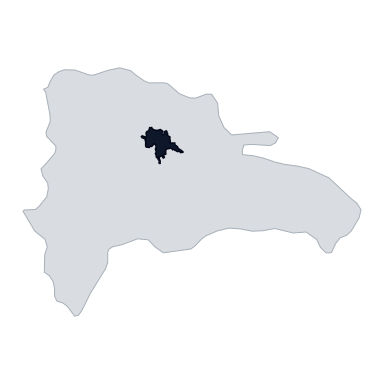 Concepción de la Vega, La Vega, Dominican Republic shown in context
{"feature_id": "3306468B4333912279461", "entity_name": "Concepción de la Vega", "entity_type": "district", "adm_level": 2, "iso_a3": "DOM", "parent_name": "Dominican Republic", "parent_adm1": "La Vega", "projection": "natural_earth1", "projection_center": [-70.509, 19.202], "detail": "fine", "context": "in_parent", "style": "filled", "palette": "ink", "viewbox_px": 384, "rotation_deg": 0, "n_neighbors": 0, "source": "geoboundaries", "source_scale": "gbopen_adm2", "svg_char_len": 6498}
<svg xmlns="http://www.w3.org/2000/svg" viewBox="0 0 384 384"><path d="M44.3,272.2L44.8,254.2L47.3,247.0L45.0,239.3L34.8,231.1L28.6,220.6L23.0,211.3L24.3,210.0L35.4,209.5L39.3,206.1L46.8,196.6L48.3,188.9L47.7,183.1L42.9,176.2L41.0,168.9L47.0,162.5L54.8,153.2L55.9,149.6L55.8,146.1L46.6,136.3L46.0,132.1L50.3,121.5L49.9,114.4L45.7,92.4L43.7,89.2L47.8,87.3L50.5,80.8L54.0,74.9L58.8,71.8L64.1,69.8L74.8,70.0L89.6,75.1L93.8,75.0L107.9,70.4L119.7,67.8L130.8,70.7L135.3,74.7L144.4,81.0L149.0,82.9L163.4,82.8L167.4,83.4L179.5,93.8L189.7,97.9L195.7,98.1L206.3,94.1L211.6,94.2L217.6,103.2L218.8,115.9L223.9,127.4L231.6,134.9L269.8,131.7L278.4,137.8L275.4,142.9L270.1,145.6L251.9,144.4L243.9,145.0L242.4,150.0L242.3,154.6L253.0,155.7L263.4,158.1L274.0,161.8L284.8,164.4L297.0,166.0L309.0,168.7L329.0,177.9L351.1,198.6L357.0,203.3L361.0,209.8L359.1,217.8L351.3,230.9L346.8,235.2L340.3,237.7L335.9,243.1L331.6,252.3L328.9,253.0L325.8,252.7L320.5,247.5L316.7,239.5L306.0,232.0L293.3,233.0L274.7,228.5L263.4,230.7L252.1,231.2L240.5,228.9L228.9,228.1L217.3,230.9L206.0,235.8L201.8,238.8L194.6,246.3L190.8,249.0L163.4,252.8L155.5,247.3L148.2,239.8L137.6,238.8L122.3,244.6L112.8,246.7L108.9,249.2L107.7,252.0L107.7,262.5L105.5,268.8L90.6,292.9L82.2,309.8L78.7,315.0L74.7,316.2L67.4,306.4L62.7,302.9L56.9,301.1L54.5,296.0L54.6,288.6L53.1,281.5L49.5,275.9L44.3,272.2Z" fill="#d9dde1" stroke="#a8b0b8" stroke-width="1"/><path d="M174.8,143.0L170.6,143.0L170.4,143.0L170.3,142.9L170.2,142.8L170.2,142.6L170.2,142.1L170.2,141.4L170.3,141.0L170.3,140.8L170.1,140.3L170.0,139.9L170.0,139.7L169.7,139.5L169.7,139.4L169.7,139.2L169.9,138.9L169.9,138.6L169.9,137.3L169.9,137.1L169.9,136.9L169.6,136.6L169.4,136.5L169.0,136.5L168.7,136.4L168.1,135.8L167.7,135.5L167.5,135.3L167.5,135.1L167.4,134.8L167.5,134.5L167.6,134.0L167.7,133.9L167.4,133.1L166.8,132.5L166.7,132.3L166.7,132.1L166.7,131.8L166.9,131.6L166.8,131.4L166.7,131.3L166.4,131.2L166.1,130.8L165.3,131.5L165.1,131.5L164.6,131.6L164.4,131.9L164.4,132.5L164.2,132.9L164.1,133.7L164.1,133.8L164.0,134.0L163.7,134.1L163.4,134.3L163.3,134.5L163.2,134.6L162.7,134.7L162.3,134.6L162.2,134.6L162.1,134.4L162.0,134.2L161.9,133.5L162.0,133.0L162.0,132.8L162.1,132.6L162.4,132.2L162.5,132.1L162.6,131.6L162.8,131.3L162.5,130.9L162.3,130.8L161.4,130.2L160.8,129.8L160.5,129.6L160.3,129.5L159.9,129.6L159.5,129.7L159.2,129.8L159.0,130.0L158.9,130.2L158.8,130.3L158.6,130.3L155.2,130.3L154.9,130.3L154.7,130.2L154.0,129.7L153.5,129.4L153.2,129.4L152.7,129.3L152.5,129.2L152.4,129.1L152.3,128.8L152.0,128.1L151.7,127.5L151.3,127.7L150.9,127.8L150.6,127.8L150.3,127.7L149.9,127.5L149.7,127.6L149.5,128.0L149.4,128.2L149.3,129.0L149.3,129.3L149.0,129.9L148.8,130.4L148.7,130.5L148.0,131.1L147.4,131.4L147.0,131.5L146.8,131.6L146.7,131.7L146.5,132.1L146.2,132.6L146.1,132.9L146.1,133.5L146.1,133.8L146.3,134.2L146.3,134.4L146.4,135.5L146.5,136.1L146.4,136.2L146.2,136.6L146.1,136.9L146.2,137.3L146.1,137.5L145.8,137.6L145.5,137.6L145.3,137.6L145.1,137.4L144.9,137.0L144.8,136.8L144.7,136.7L144.2,136.6L143.8,136.4L143.3,136.3L143.1,136.3L143.0,136.2L142.6,135.9L142.4,135.8L142.1,135.9L142.0,136.0L141.8,136.3L141.7,136.4L141.4,136.6L141.7,137.0L141.9,137.5L142.1,137.7L142.2,137.8L142.4,137.9L142.8,137.9L143.0,138.0L143.6,138.4L144.4,138.6L144.5,138.7L144.9,139.0L145.1,139.1L145.5,139.2L145.6,139.3L145.7,139.5L145.4,140.0L145.2,140.4L145.5,140.7L145.8,140.8L145.9,141.1L146.0,141.3L146.0,141.5L145.7,141.8L145.5,142.0L145.7,142.3L145.8,142.6L145.8,142.9L145.7,143.3L145.6,143.8L145.6,144.0L145.7,144.4L145.6,144.8L145.6,145.0L145.7,145.3L145.7,145.5L145.6,145.8L145.6,146.0L146.3,146.8L146.3,147.1L147.2,147.2L147.7,147.3L148.0,147.2L148.7,147.4L149.1,147.5L149.2,147.4L149.3,147.4L149.6,146.9L149.8,146.7L150.5,146.3L150.7,146.2L151.0,146.3L151.4,146.5L151.5,146.5L151.6,146.4L152.1,146.1L152.4,145.9L152.6,145.7L152.8,145.4L152.9,145.2L153.0,144.8L153.1,144.6L153.6,144.3L154.1,143.7L154.3,143.6L154.5,143.8L154.6,144.1L154.9,144.4L155.1,144.5L155.3,144.8L155.5,145.1L155.7,145.5L156.0,145.8L156.2,146.1L156.2,146.3L156.2,146.6L156.0,147.0L156.1,147.4L156.1,147.6L155.7,148.1L155.5,148.7L155.4,148.9L155.5,149.1L155.6,149.5L155.7,150.2L155.9,150.6L156.0,151.2L156.2,151.6L156.2,152.2L156.2,152.3L156.0,152.6L155.8,152.9L155.6,153.1L155.4,153.4L155.4,153.5L155.6,153.8L155.7,154.2L155.9,154.6L156.0,155.2L156.2,155.5L156.3,156.0L156.3,156.5L156.5,157.5L157.4,157.7L157.6,157.7L157.7,157.8L158.0,158.1L158.0,158.3L157.9,158.6L157.9,158.9L158.0,159.0L158.3,159.5L158.4,159.8L158.6,160.0L159.2,160.7L159.3,160.8L159.4,161.0L159.3,161.5L159.2,161.8L159.2,162.6L158.9,162.9L159.2,163.2L159.7,163.4L159.8,163.5L160.0,163.5L160.2,163.4L160.1,162.9L160.0,162.6L160.1,161.9L160.2,161.5L160.2,161.4L160.0,160.4L159.6,159.5L159.5,159.3L159.5,158.8L159.4,158.6L159.3,158.4L159.2,158.3L158.6,157.6L158.5,157.4L158.7,157.1L158.8,157.1L159.2,157.0L159.4,157.0L159.4,156.9L159.7,156.6L159.9,156.5L160.1,156.5L160.6,156.4L160.8,156.3L161.0,156.1L161.2,155.9L161.4,155.8L161.7,155.8L162.0,155.9L162.2,156.1L162.6,157.1L162.7,157.3L163.1,157.8L163.3,158.0L163.5,158.0L163.8,157.9L164.1,157.5L164.4,157.1L164.1,156.7L163.9,156.5L163.7,155.9L163.7,155.7L163.8,155.4L164.0,155.0L164.1,154.8L164.2,154.4L164.3,154.2L164.6,154.0L164.8,154.1L165.0,154.1L165.3,154.3L165.6,154.3L165.8,154.2L165.8,153.9L165.8,152.8L165.7,152.5L165.6,152.2L165.5,151.9L165.6,151.6L165.7,151.2L165.8,151.1L165.8,150.4L165.8,150.1L166.0,149.9L166.2,149.6L166.6,149.1L166.9,148.9L167.2,148.8L168.0,148.8L168.6,148.6L169.3,148.5L169.5,148.5L169.7,148.4L169.8,148.3L169.9,148.0L170.0,147.8L170.3,147.8L170.8,148.2L171.3,148.5L171.6,148.6L172.0,148.9L172.1,149.0L172.4,149.6L172.5,149.7L172.7,149.8L172.8,149.7L173.2,149.6L173.5,149.5L174.0,149.5L174.3,149.5L174.5,149.6L174.8,150.2L174.9,150.3L175.1,150.3L175.4,150.2L175.5,150.2L175.9,150.6L176.1,150.9L176.3,151.0L176.7,151.1L177.2,151.5L177.3,151.5L177.5,151.6L177.9,151.4L178.1,151.4L178.4,151.4L178.7,151.5L179.0,151.4L179.4,151.4L179.8,151.6L180.2,151.7L180.3,151.8L180.5,152.0L180.4,152.3L180.4,152.5L180.5,152.5L180.8,152.6L181.2,152.3L181.5,152.3L182.0,152.5L182.8,152.3L183.0,152.2L183.0,151.8L182.9,151.7L182.6,151.6L182.2,151.1L181.9,150.9L181.3,150.4L181.2,150.2L180.6,150.1L180.0,149.7L179.7,149.3L179.3,149.1L178.6,148.8L178.3,148.4L178.2,148.3L178.0,147.9L177.7,147.4L177.5,146.8L177.4,146.6L177.0,146.3L176.5,145.9L175.6,145.4L175.3,145.1L175.0,144.7L174.9,144.5L174.9,144.4L174.8,144.0L174.8,143.0Z" fill="#0f172a" stroke="#020617" stroke-width="1.5"/></svg>